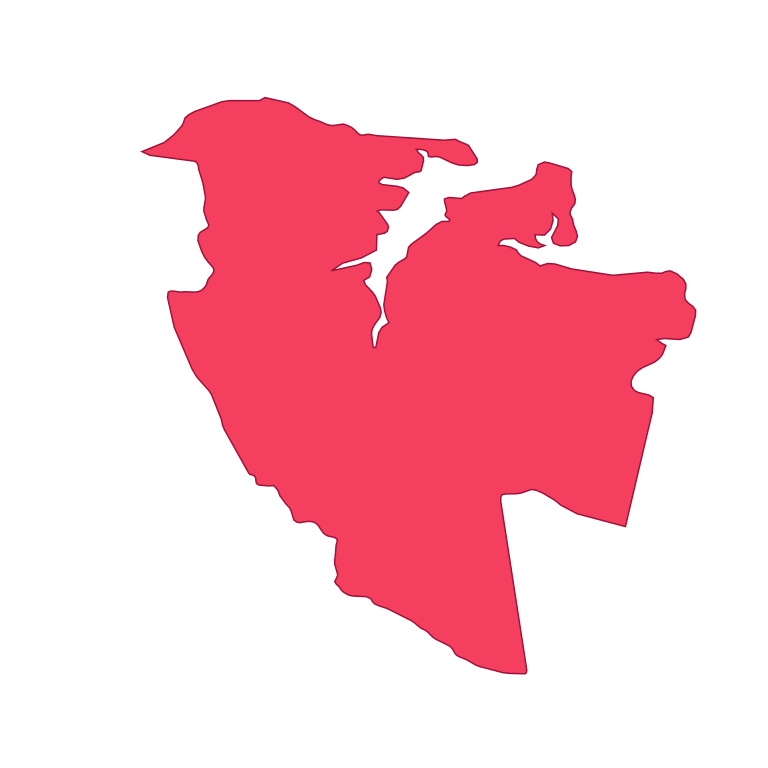 outline of Estuaire, rotated 103°
{"feature_id": "GAB-2168", "entity_name": "Estuaire", "entity_type": "Province", "adm_level": 1, "iso_a3": "GAB", "parent_name": "Gabon", "parent_adm1": "", "projection": "natural_earth1", "projection_center": [9.925, 0.242], "detail": "fine", "context": "isolated", "style": "filled", "palette": "rose", "viewbox_px": 768, "rotation_deg": 103, "n_neighbors": 0, "source": "natural_earth", "source_scale": "10m", "svg_char_len": 4643}
<svg xmlns="http://www.w3.org/2000/svg" viewBox="0 0 768 768"><g transform="rotate(103 384 384)"><path d="M351.5,116.2L384.7,116.4L468.6,116.7L467.0,166.6L462.3,184.3L458.9,191.3L454.5,204.8L453.3,211.7L453.6,216.7L458.3,224.1L460.0,227.3L461.2,230.6L463.8,240.8L465.3,244.1L467.8,244.8L472.2,243.8L630.7,180.5L633.3,180.4L634.6,181.3L637.5,195.3L638.5,203.0L637.8,227.3L637.1,231.7L634.1,241.4L632.7,249.7L632.0,252.0L631.3,253.4L626.8,257.7L625.3,259.7L624.9,260.5L624.5,261.4L621.1,275.8L620.1,278.6L617.8,282.7L616.4,284.6L615.3,286.8L614.7,288.4L613.7,292.5L613.3,293.8L609.7,300.9L608.4,304.3L602.1,330.2L601.2,339.4L600.6,342.3L600.2,344.0L599.2,345.4L598.2,346.6L596.5,348.1L595.8,350.1L595.2,353.6L597.4,365.3L597.7,369.4L597.5,371.3L597.1,373.1L595.6,377.4L593.3,380.5L592.2,381.5L591.6,382.3L589.7,385.5L587.7,387.5L582.0,386.3L580.8,386.2L579.7,386.5L570.4,391.6L565.9,392.6L563.9,392.6L551.8,394.4L547.5,394.2L545.7,395.1L545.0,396.3L544.6,399.5L544.7,404.5L544.0,407.1L543.0,409.2L541.8,410.8L536.5,416.4L535.9,417.4L534.8,419.6L534.6,420.5L534.4,421.5L534.5,424.6L534.7,425.9L535.4,428.4L538.1,434.9L538.2,437.9L536.8,441.2L528.5,446.0L525.9,448.1L522.7,452.8L516.4,460.2L511.4,463.5L507.9,468.3L507.9,469.2L509.1,472.8L510.2,479.8L510.5,483.2L510.2,484.8L509.1,486.2L507.7,486.8L505.2,487.6L503.2,488.8L502.4,490.8L502.2,492.6L502.3,494.3L500.9,496.1L464.2,529.4L460.5,532.0L454.9,534.6L433.2,549.6L429.7,553.2L419.4,567.8L412.8,574.2L376.0,601.1L348.3,614.4L343.0,614.9L341.4,612.6L340.8,609.5L340.2,602.7L339.0,599.3L337.0,588.8L335.7,585.5L333.4,582.6L330.7,580.8L327.9,579.5L322.1,579.0L319.2,577.8L316.1,576.1L313.0,575.2L310.0,575.8L307.0,579.4L304.6,582.9L300.7,587.4L295.6,591.6L286.2,597.5L281.1,598.4L277.6,597.2L271.5,591.0L268.6,590.4L263.4,594.2L255.9,598.5L252.8,599.1L243.8,599.6L240.8,600.5L228.4,605.9L216.6,612.8L213.6,613.9L211.1,615.4L209.5,618.3L213.8,663.5L212.0,672.1L198.1,652.4L188.3,644.7L178.1,639.1L175.2,638.3L169.5,637.7L165.6,634.9L161.1,629.8L145.4,605.4L142.7,598.5L135.9,569.1L131.8,564.5L131.7,564.4L131.6,540.3L133.9,532.9L140.7,517.2L142.2,510.1L142.5,506.2L143.9,498.7L144.1,494.5L143.4,491.2L139.9,482.2L140.3,477.9L141.2,473.7L142.9,469.9L145.2,466.5L146.7,463.2L146.2,460.2L144.8,457.4L144.1,454.7L143.7,447.1L133.0,380.6L129.5,369.3L130.5,366.1L132.1,356.8L132.7,354.9L134.0,353.8L143.7,343.9L147.0,342.9L149.9,345.4L152.5,352.2L153.8,360.8L153.2,368.0L150.3,381.0L150.8,385.1L152.2,389.0L152.3,391.9L149.2,393.0L147.6,394.5L147.0,398.0L147.3,402.1L148.2,405.3L150.8,402.5L152.5,399.3L154.3,396.7L157.7,395.7L167.7,395.8L169.1,396.9L170.8,401.4L178.7,410.4L181.6,417.2L182.6,430.5L184.5,432.5L187.0,434.4L189.1,434.3L190.1,430.5L188.4,415.5L188.7,409.2L191.9,402.9L207.0,407.7L210.8,410.1L212.5,413.9L215.0,426.1L217.0,429.5L218.3,427.0L226.9,417.2L229.7,414.9L234.3,415.1L236.9,417.3L240.1,424.5L255.2,421.5L266.3,434.5L275.6,451.5L285.5,460.7L274.4,437.2L270.0,430.5L269.2,424.8L275.1,421.7L283.0,422.1L287.7,427.1L291.5,424.4L297.1,415.9L300.4,412.2L311.1,404.4L314.9,402.9L319.8,403.0L328.7,406.7L333.6,407.9L338.1,407.4L350.4,402.9L350.4,400.2L335.1,400.6L329.1,398.6L323.2,393.0L318.5,396.6L312.9,399.7L306.9,402.0L283.4,403.7L279.4,405.3L265.8,399.9L261.9,396.9L257.4,392.1L254.9,390.5L245.2,390.8L242.0,389.1L227.4,376.5L216.9,369.2L212.6,364.1L210.8,357.1L208.8,357.1L207.0,361.3L205.3,362.6L201.5,361.8L199.0,362.7L192.2,366.2L190.1,366.7L187.6,362.6L185.8,350.1L182.6,347.4L178.3,342.4L163.7,303.8L159.9,297.2L151.4,286.1L145.8,282.9L140.4,283.4L135.7,283.1L131.6,277.6L131.4,272.5L132.6,253.1L134.7,248.9L141.3,248.1L148.2,246.4L151.6,244.8L157.8,240.7L160.9,239.2L164.9,238.6L167.6,239.5L170.3,240.8L174.4,241.4L176.9,240.7L181.0,237.4L186.6,234.9L191.4,231.4L196.7,228.7L202.5,229.4L207.5,235.1L209.7,243.2L208.7,250.5L203.6,253.7L190.4,250.4L183.9,251.3L179.7,258.5L186.8,256.0L195.7,256.6L202.8,261.1L204.6,270.4L208.2,269.1L210.9,266.7L212.5,263.1L212.9,258.5L216.6,264.1L217.1,274.3L215.5,284.4L212.9,289.7L215.8,299.7L218.3,302.7L223.4,304.0L222.1,298.5L222.2,291.3L223.6,285.1L226.4,282.4L228.3,279.3L231.4,264.1L233.8,258.5L229.7,251.5L228.6,244.2L229.7,227.0L226.6,185.4L215.8,152.4L214.9,143.9L213.6,138.3L211.0,134.7L209.4,130.5L210.8,123.4L214.6,115.9L218.6,112.4L223.1,111.4L228.6,111.4L233.9,109.6L236.9,105.4L238.9,100.6L241.9,97.0L247.4,95.9L265.1,96.5L270.0,98.2L274.1,105.9L276.6,121.0L279.4,128.4L281.9,122.5L283.1,118.0L292.2,119.3L296.9,121.3L301.9,125.4L309.8,135.8L314.8,140.3L320.2,142.9L325.6,143.9L330.4,142.6L334.0,138.6L335.1,134.0L335.1,123.6L336.7,118.5L342.7,117.6L351.5,116.2Z" fill="#f43f5e" stroke="#9f1239" stroke-width="1.5"/></g></svg>